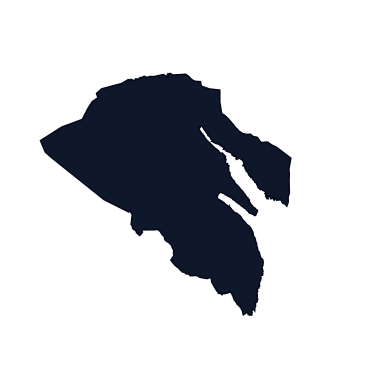 Húnaþing vestra, Norðurland vestra, Iceland, rotated 147°
{"feature_id": "244011B78038893235430", "entity_name": "Húnaþing vestra", "entity_type": "district", "adm_level": 2, "iso_a3": "ISL", "parent_name": "Iceland", "parent_adm1": "Norðurland vestra", "projection": "mercator", "projection_center": [-20.962, 65.308], "detail": "fine", "context": "isolated", "style": "filled", "palette": "ink", "viewbox_px": 384, "rotation_deg": 147, "n_neighbors": 0, "source": "geoboundaries", "source_scale": "gbopen_adm2", "svg_char_len": 6073}
<svg xmlns="http://www.w3.org/2000/svg" viewBox="0 0 384 384"><g transform="rotate(147 192 192)"><path d="M291.1,317.6L293.3,305.2L290.7,296.3L269.9,233.5L256.0,209.8L254.3,209.4L254.3,206.5L254.7,205.2L260.8,197.9L260.5,197.2L260.5,196.1L261.6,193.8L261.3,193.1L261.2,192.2L260.0,190.1L260.2,189.8L259.9,189.7L260.8,187.9L260.1,186.7L260.1,185.7L259.7,185.0L259.8,184.3L258.8,184.1L255.5,185.2L255.3,185.5L255.4,186.2L255.2,186.9L254.3,187.3L243.6,180.5L241.5,179.7L240.2,176.9L240.2,172.6L239.5,169.7L240.7,167.0L240.7,166.4L240.1,164.3L239.0,162.3L238.2,158.4L238.8,156.2L239.0,153.1L240.8,150.9L240.9,150.1L241.7,148.7L246.9,146.3L246.6,144.8L246.8,143.9L246.2,142.5L246.5,142.2L246.1,140.9L246.3,140.1L245.5,139.2L245.8,138.5L244.4,135.1L244.7,134.5L244.1,133.0L244.2,132.1L243.4,131.3L243.7,130.7L243.4,129.7L241.8,129.0L241.6,128.1L241.9,127.8L241.8,127.1L241.2,127.2L241.1,126.4L239.1,124.4L239.3,123.7L239.0,122.7L233.5,119.4L232.2,116.7L230.8,115.1L226.4,111.1L222.9,110.2L222.8,109.3L224.5,105.7L225.0,98.3L225.0,95.5L224.7,93.8L225.1,92.6L222.7,91.2L223.1,90.0L222.9,89.5L220.3,89.9L219.8,88.8L215.5,87.5L214.7,88.2L214.0,86.1L214.0,84.8L214.3,83.9L214.2,83.1L215.4,78.2L215.1,77.5L215.2,76.7L215.0,74.9L215.2,73.5L214.9,73.3L214.9,72.0L214.1,71.1L214.5,70.3L213.8,69.6L214.4,68.6L214.0,67.8L214.4,66.5L214.4,65.2L215.0,63.1L215.7,62.0L215.8,61.0L211.6,61.2L210.9,59.7L211.3,59.2L210.9,59.2L211.1,58.3L211.0,57.6L208.8,56.3L208.0,57.7L207.3,57.8L207.0,59.3L206.5,59.9L204.8,60.3L204.2,59.8L204.1,58.3L202.1,61.0L200.7,61.7L200.2,63.0L199.3,64.0L199.2,64.7L197.6,64.3L195.4,66.2L195.2,66.7L195.3,67.5L193.9,69.1L193.1,70.4L192.9,71.5L191.2,72.8L190.3,74.9L189.0,75.1L187.8,76.3L187.7,75.7L187.1,76.4L186.7,76.2L184.8,79.4L182.5,80.7L181.1,82.1L180.4,83.5L179.3,84.2L178.2,83.8L178.0,84.5L177.1,84.8L177.3,85.7L175.8,86.6L174.2,90.8L172.3,92.0L171.7,93.2L170.9,93.7L169.6,96.4L169.6,97.6L170.3,98.1L169.9,99.7L170.1,100.1L168.4,104.9L168.7,105.4L168.4,107.6L167.3,110.3L167.1,111.6L165.6,114.0L165.8,115.1L164.3,118.7L164.4,121.6L163.1,124.5L163.2,125.0L162.8,125.7L162.4,128.8L162.5,131.8L163.6,134.7L163.8,135.9L163.8,137.4L164.1,137.8L164.1,139.1L164.6,139.9L164.5,141.8L164.8,142.4L164.5,143.7L164.6,145.4L166.0,149.9L167.4,151.3L168.2,155.3L168.4,157.3L168.3,157.9L168.7,158.5L168.5,159.6L168.9,159.2L169.2,159.5L168.8,159.7L169.6,160.1L169.9,162.3L170.5,163.0L171.0,165.9L173.9,172.0L174.2,174.0L173.7,174.0L173.9,173.5L172.6,175.1L170.6,176.1L168.2,176.2L167.4,175.5L167.0,174.5L165.6,172.7L165.4,172.2L165.6,171.5L164.7,170.7L164.0,168.7L163.2,167.8L161.8,164.9L161.8,163.4L160.7,161.6L160.5,159.8L159.5,157.9L159.5,157.1L158.6,155.9L158.6,155.0L156.7,149.7L156.1,148.9L156.0,147.0L155.4,145.2L155.5,144.1L155.1,143.5L155.3,143.1L152.8,139.8L152.5,138.2L151.3,137.8L147.2,140.6L147.3,141.7L147.9,142.4L147.9,143.5L148.2,143.8L148.0,144.2L149.0,146.1L148.8,146.7L148.9,147.8L149.3,148.7L149.2,152.1L148.2,154.5L148.7,155.7L148.4,156.3L148.8,156.5L148.7,156.9L149.0,160.1L148.8,160.5L149.1,161.1L148.9,162.2L149.2,163.0L149.0,164.3L149.8,167.9L149.8,169.7L150.2,172.5L150.9,175.1L151.0,176.4L150.6,178.2L151.2,180.4L151.2,184.2L150.9,185.6L149.6,187.4L149.9,188.1L149.7,189.9L148.5,191.6L148.3,192.4L146.7,193.8L147.3,195.4L146.8,196.5L148.2,197.8L148.2,198.6L145.8,200.6L145.7,201.4L146.0,201.6L146.0,202.1L144.4,203.7L145.1,205.0L144.9,205.6L145.0,206.8L145.7,207.1L145.3,208.1L146.9,208.9L147.3,209.9L147.5,211.1L147.2,212.2L147.9,213.2L147.9,214.2L148.5,215.1L151.3,227.0L151.7,230.7L151.3,232.5L151.8,232.9L151.6,233.6L151.7,234.0L151.4,234.5L152.1,235.3L151.8,236.6L152.0,237.2L151.9,240.3L151.5,241.1L151.6,242.1L150.5,241.7L150.1,242.1L150.2,242.8L150.0,243.0L149.7,242.5L149.6,242.8L149.6,242.4L148.1,242.2L147.6,241.3L147.8,237.3L147.5,235.5L147.7,233.8L147.4,232.5L147.8,231.1L147.0,228.3L147.3,226.1L147.0,225.9L146.9,224.9L147.0,224.2L147.8,223.9L147.3,223.7L147.0,222.2L145.5,219.7L143.5,217.4L142.5,214.6L141.7,213.8L141.8,213.2L141.1,212.3L141.2,211.5L142.4,210.7L141.0,209.7L140.8,208.3L140.9,207.5L138.8,204.9L137.3,202.1L137.4,201.4L138.3,201.3L138.2,200.7L137.4,200.3L137.4,199.3L135.7,197.5L135.8,196.5L136.8,196.4L137.0,195.2L134.2,194.6L133.4,193.7L132.5,191.5L132.3,189.6L133.4,187.3L133.0,186.7L133.1,185.5L134.1,184.7L134.0,184.2L134.9,182.1L134.7,181.4L135.0,179.9L135.2,179.7L134.5,178.7L135.0,175.1L135.0,174.2L134.6,173.0L134.8,172.1L133.6,171.4L134.0,170.0L134.1,168.5L133.6,167.6L133.9,165.7L133.7,165.3L133.7,165.9L133.2,165.6L133.4,164.9L133.1,164.2L133.6,162.9L133.3,161.5L134.0,160.9L133.9,159.9L134.1,159.3L133.3,156.7L132.1,156.2L131.6,155.3L131.8,154.9L130.1,152.4L130.3,151.2L131.6,151.2L131.4,150.4L132.2,147.8L132.7,147.8L132.6,147.0L133.0,146.7L132.7,146.9L132.4,146.3L132.8,145.7L131.7,144.8L131.2,146.3L130.6,146.9L129.1,146.1L129.6,143.8L128.7,144.0L128.3,143.7L128.5,143.2L127.4,143.4L127.5,142.1L126.7,143.2L126.6,142.1L126.9,141.0L125.8,141.9L125.3,140.9L125.7,139.5L125.4,138.9L122.9,137.8L121.7,136.5L121.5,136.0L122.0,134.5L121.9,132.9L120.6,131.5L120.2,128.5L116.6,131.3L114.4,135.1L110.7,138.4L104.5,148.6L100.8,153.8L98.3,158.4L90.7,166.5L96.8,183.6L99.1,187.2L101.6,192.9L107.1,195.8L107.6,202.5L110.4,205.0L111.4,208.3L111.9,208.9L114.5,210.3L117.7,213.4L119.5,217.6L119.8,220.1L120.4,222.2L120.6,225.5L121.7,233.5L122.9,238.6L124.2,241.0L124.3,242.0L119.6,252.5L113.2,262.3L121.2,268.9L126.1,275.1L126.3,275.8L126.1,277.0L124.8,279.9L129.4,283.4L131.1,286.7L131.7,290.3L132.9,293.7L133.4,294.3L144.5,300.6L145.7,303.3L147.5,303.7L147.7,304.3L149.1,303.7L149.2,303.3L148.9,302.8L149.3,302.6L149.1,302.0L150.0,301.7L152.0,306.1L161.1,309.5L164.7,312.0L167.2,312.3L167.5,313.1L168.3,313.4L168.5,314.6L169.6,315.2L171.9,315.4L173.3,316.2L173.6,315.6L174.4,316.1L175.3,315.6L177.5,317.6L179.5,316.8L180.9,317.5L180.8,318.4L181.1,318.9L182.4,319.9L183.6,319.9L183.7,320.5L184.6,321.0L192.0,321.3L211.5,327.7L218.4,326.7L219.5,322.2L226.4,322.1L233.9,318.7L244.4,312.6L265.9,317.4L291.1,317.6ZM135.3,187.0L134.5,185.8L134.0,185.8L135.3,187.0Z" fill="#0f172a" stroke="#020617" stroke-width="1.5"/></g></svg>